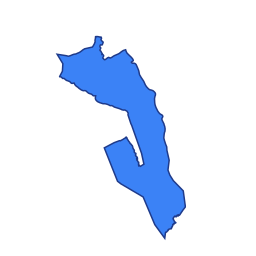 outline of Skorradalshreppur, Vesturland, Iceland, rotated 43°
{"feature_id": "244011B18273074009309", "entity_name": "Skorradalshreppur", "entity_type": "district", "adm_level": 2, "iso_a3": "ISL", "parent_name": "Iceland", "parent_adm1": "Vesturland", "projection": "mercator", "projection_center": [-21.43, 64.486], "detail": "fine", "context": "isolated", "style": "filled", "palette": "blue", "viewbox_px": 256, "rotation_deg": 43, "n_neighbors": 0, "source": "geoboundaries", "source_scale": "gbopen_adm2", "svg_char_len": 5424}
<svg xmlns="http://www.w3.org/2000/svg" viewBox="0 0 256 256"><g transform="rotate(43 128 128)"><path d="M230.1,183.6L226.8,179.0L226.7,178.5L226.7,178.4L227.0,178.2L227.1,177.8L227.2,177.4L227.1,176.6L227.2,176.3L227.1,176.1L227.2,175.7L226.8,175.2L226.8,174.9L227.1,174.8L227.1,174.5L227.1,174.4L227.0,174.0L227.2,173.6L228.0,172.6L228.3,172.4L228.3,172.2L228.3,171.9L228.1,171.5L227.8,171.3L227.7,171.0L227.6,170.7L227.8,170.4L227.8,170.2L227.5,169.7L227.4,169.5L227.4,169.4L227.4,169.1L227.3,168.7L227.0,168.4L226.7,168.3L226.6,168.1L226.6,167.8L226.8,167.6L226.8,167.4L226.8,167.2L226.6,166.8L226.6,166.7L226.9,166.7L226.7,166.4L226.7,166.2L226.9,165.9L227.2,165.8L227.3,165.6L227.4,165.3L227.4,165.2L227.6,164.9L227.5,164.6L227.4,164.6L227.1,164.7L226.7,164.8L226.2,164.6L225.8,164.7L225.6,164.6L224.9,164.4L224.5,164.1L223.8,164.1L223.3,163.8L223.0,163.7L222.8,163.2L222.5,163.1L222.5,162.3L222.4,161.9L222.3,161.6L222.3,161.3L222.4,160.6L222.6,160.7L222.8,160.6L223.1,160.2L223.4,160.3L223.7,160.2L223.6,159.8L223.6,159.6L223.6,159.4L223.7,159.1L223.5,158.7L224.1,158.5L223.8,157.9L223.8,157.7L224.5,157.8L224.4,157.5L224.2,157.3L224.2,157.1L224.4,157.1L224.8,157.2L225.1,156.6L225.1,156.3L224.2,150.8L223.8,146.8L223.0,145.9L211.3,136.3L197.1,135.6L190.7,133.9L185.9,131.5L180.1,123.5L171.7,117.8L169.2,115.4L166.6,114.2L163.2,112.3L161.0,110.9L158.7,107.9L157.8,106.5L157.2,105.1L155.7,103.3L154.8,102.6L153.6,101.7L152.5,101.2L151.5,100.5L147.6,99.0L146.7,98.4L146.3,98.0L146.2,97.7L146.1,97.1L145.9,96.5L145.6,95.8L145.3,95.6L144.9,95.4L144.6,95.3L144.1,95.3L141.9,95.8L140.8,95.8L138.4,95.4L134.2,93.8L131.7,92.4L130.2,91.2L127.4,88.5L126.2,86.6L125.6,85.2L124.9,84.4L124.4,84.0L123.5,83.7L122.3,83.6L120.7,83.7L118.9,84.5L118.2,85.0L117.2,85.3L116.2,85.4L113.5,85.2L111.4,84.7L107.6,83.1L104.2,82.3L102.4,81.9L101.9,81.6L101.1,81.5L100.5,81.3L99.7,80.9L97.1,79.0L96.2,78.5L93.8,77.4L90.8,76.1L90.1,76.0L89.5,76.0L89.1,76.1L88.5,76.3L87.8,76.9L87.3,77.4L86.9,77.7L85.8,77.7L85.6,77.6L85.5,77.3L85.8,76.0L85.9,75.7L85.9,75.2L85.6,74.8L84.6,74.4L83.9,74.2L81.7,74.0L79.5,74.0L76.2,73.9L74.3,73.2L72.9,72.4L72.1,73.8L71.7,74.5L71.3,76.1L71.0,77.5L70.9,78.4L70.8,79.3L70.3,80.7L68.8,84.1L68.4,85.2L68.1,86.6L67.9,87.6L67.6,88.2L67.3,88.9L66.6,89.2L66.0,89.4L65.7,89.5L65.2,90.6L64.9,92.6L64.8,93.1L64.7,93.4L64.6,93.7L64.2,94.1L63.7,94.2L62.8,94.0L62.1,94.1L61.9,94.0L61.7,93.8L61.5,93.4L61.3,92.5L61.0,91.8L60.4,91.5L59.5,91.4L59.2,91.5L58.8,92.0L58.7,91.9L58.7,91.4L58.5,91.2L57.3,90.9L55.7,90.3L54.7,90.4L54.0,89.6L53.9,89.2L53.9,88.9L53.8,88.7L53.6,88.2L53.4,88.0L53.2,87.9L52.5,87.9L52.0,87.7L51.7,87.3L51.2,86.5L51.2,86.0L51.4,85.7L52.2,85.2L52.3,85.1L52.4,84.9L52.4,84.6L52.1,83.8L51.7,82.9L51.4,82.3L51.1,82.1L50.3,82.2L48.5,82.0L48.2,81.8L47.9,81.7L47.8,81.4L47.6,81.1L47.6,80.7L47.3,80.3L46.7,80.0L46.1,79.9L46.0,80.1L45.9,80.3L45.9,80.5L44.5,81.1L43.1,82.1L42.1,83.1L42.0,83.3L42.1,83.6L42.7,83.8L42.8,83.9L42.8,84.5L43.3,85.0L43.7,85.8L44.2,86.5L45.2,87.4L45.2,87.5L46.1,89.7L46.8,93.0L42.3,99.6L41.8,101.3L41.6,102.2L41.5,103.2L41.1,105.2L40.6,106.7L40.2,107.4L39.5,109.1L39.0,110.0L38.3,110.7L37.8,111.6L37.3,112.6L36.9,113.6L35.8,115.7L35.4,116.2L33.4,117.3L25.9,122.4L36.5,125.4L41.3,131.2L42.9,137.0L43.1,137.1L43.4,136.9L43.7,136.6L44.4,136.3L46.4,136.3L46.6,136.2L47.3,135.4L47.6,135.3L49.0,135.3L50.2,135.2L50.7,135.1L51.2,134.8L53.7,133.8L55.9,133.9L56.4,133.7L56.8,133.4L57.9,131.9L58.1,131.9L59.4,132.5L61.2,132.7L62.3,132.6L63.3,132.4L65.1,132.4L66.6,132.2L67.9,132.0L69.3,131.5L70.0,131.1L70.9,130.1L71.7,129.6L74.7,129.5L75.5,129.4L76.5,129.0L78.4,128.1L80.6,128.1L81.2,127.6L82.4,126.5L83.7,128.4L84.3,128.9L85.0,129.3L86.2,129.5L87.7,129.5L88.6,129.2L89.9,128.8L92.7,127.5L93.3,127.2L94.3,126.2L94.9,125.8L95.5,125.4L97.6,124.4L99.5,123.9L100.2,123.4L100.6,122.9L101.2,122.5L102.9,122.1L103.5,122.1L108.3,119.8L110.3,119.0L111.2,118.8L112.6,117.9L113.4,117.0L115.8,116.4L118.0,117.0L119.0,118.4L127.2,122.9L129.0,123.6L155.2,137.3L164.3,143.6L163.2,147.6L162.6,147.6L162.3,147.7L162.2,147.7L162.2,147.8L162.0,148.0L161.9,148.0L161.7,148.0L161.6,148.3L160.9,147.8L160.8,147.6L160.6,147.5L160.6,147.4L160.7,147.2L160.1,146.9L159.9,146.5L159.7,146.5L159.5,146.3L159.1,146.1L159.1,145.8L158.5,145.9L158.3,145.8L158.0,145.8L157.2,145.4L157.1,145.5L156.8,145.5L156.8,145.2L156.5,145.0L156.3,145.1L155.9,145.0L155.8,144.9L156.1,144.7L156.1,144.4L155.9,144.4L155.7,144.6L155.1,144.4L155.0,144.2L155.4,143.6L155.0,143.3L154.6,143.4L154.3,143.1L153.9,143.0L153.6,143.1L153.3,143.1L152.9,143.2L152.7,143.1L152.5,142.8L151.9,142.7L151.9,142.4L151.6,142.0L151.5,141.6L151.2,141.3L150.9,141.2L150.0,141.5L149.1,141.4L148.9,141.2L148.6,141.0L148.3,140.4L148.2,140.3L147.6,140.1L147.5,139.9L147.2,139.8L146.7,139.7L146.1,139.7L145.8,139.6L145.7,139.5L145.7,139.4L144.6,138.9L144.3,138.6L144.0,138.4L143.7,138.2L143.1,138.0L142.3,138.0L141.6,137.7L141.0,137.8L140.7,137.9L140.2,137.8L139.7,137.8L139.5,137.6L139.2,137.4L138.7,137.4L138.4,137.3L138.1,137.3L137.6,137.3L137.3,137.1L136.7,137.0L135.7,136.7L134.8,136.5L134.3,136.3L134.3,136.2L133.8,135.9L133.3,136.0L132.9,135.9L132.7,136.4L132.7,136.6L132.8,136.7L132.9,136.8L132.8,137.0L132.7,137.6L132.5,138.1L132.4,138.5L132.2,139.2L132.1,139.8L131.7,140.8L131.5,141.7L131.3,141.9L131.1,142.6L130.4,143.1L127.9,148.1L124.2,158.7L156.7,174.1L160.9,173.7L186.1,168.1L213.5,180.4L230.1,183.6Z" fill="#3b82f6" stroke="#1e3a8a" stroke-width="1.5"/></g></svg>